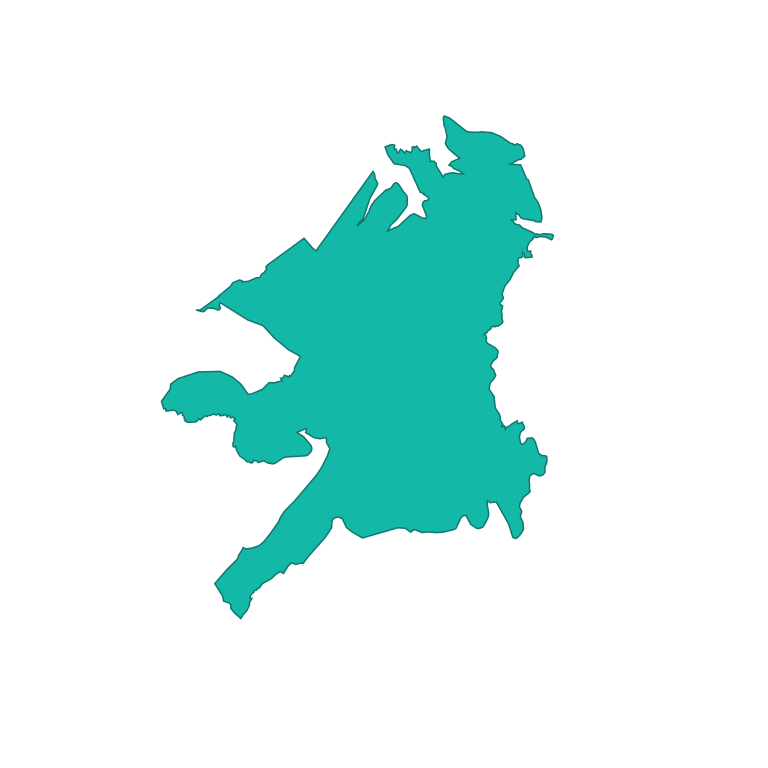 Tarandacuao, Guanajuato, Mexico, rotated 34°
{"feature_id": "50627088B84371982021129", "entity_name": "Tarandacuao", "entity_type": "district", "adm_level": 2, "iso_a3": "MEX", "parent_name": "Mexico", "parent_adm1": "Guanajuato", "projection": "equal_earth", "projection_center": [-100.532, 19.999], "detail": "fine", "context": "isolated", "style": "filled", "palette": "teal", "viewbox_px": 768, "rotation_deg": 34, "n_neighbors": 0, "source": "geoboundaries", "source_scale": "gbopen_adm2", "svg_char_len": 6170}
<svg xmlns="http://www.w3.org/2000/svg" viewBox="0 0 768 768"><g transform="rotate(34 384 384)"><path d="M463.0,298.7L462.1,297.6L460.8,293.7L459.1,292.4L455.3,291.8L446.7,292.4L444.0,290.8L443.7,289.0L441.2,286.7L439.0,286.8L440.6,284.0L440.4,281.5L441.6,279.3L441.5,276.1L442.4,274.7L443.7,274.8L445.5,272.4L446.4,272.1L448.0,267.2L447.7,265.9L444.9,263.6L443.5,261.0L440.7,258.2L439.6,254.7L438.4,252.8L435.6,253.2L434.9,252.3L435.1,246.1L431.6,243.4L429.4,235.3L430.1,227.1L429.1,218.7L430.0,210.6L427.3,208.6L425.1,205.1L425.1,204.4L427.3,202.0L427.4,200.9L426.4,198.6L425.3,197.4L427.8,197.8L428.8,198.7L429.0,200.0L430.6,200.3L435.8,196.0L434.8,194.6L433.1,194.3L431.2,191.7L429.4,193.6L427.0,192.0L425.9,189.5L425.2,184.3L426.3,181.5L426.0,179.0L426.7,177.8L428.3,177.5L431.2,174.3L435.8,171.7L442.2,170.8L442.4,169.8L441.4,166.3L439.6,165.9L432.9,169.7L429.4,173.2L426.5,174.2L426.3,175.4L422.5,175.2L410.8,177.2L407.5,176.4L403.7,178.0L397.8,176.7L401.7,174.0L397.4,168.3L401.7,168.4L404.1,169.5L406.4,169.5L417.6,164.4L418.7,164.8L423.5,161.9L422.1,158.1L416.9,152.1L410.8,147.7L404.1,144.9L389.6,134.1L387.5,134.2L374.8,125.9L365.6,131.1L370.0,122.9L372.0,121.0L373.3,116.3L367.7,111.0L363.8,109.5L359.8,110.5L358.9,112.9L356.2,112.8L354.7,113.7L342.7,113.5L332.8,115.4L324.0,120.3L321.2,122.8L313.9,127.4L310.7,128.4L289.7,126.8L284.0,128.1L284.4,130.4L289.6,136.5L291.1,137.1L298.0,143.8L300.4,150.3L304.3,152.3L307.8,153.2L320.3,154.5L321.1,153.8L315.8,161.9L315.5,166.3L318.5,165.6L321.3,166.4L327.1,165.3L332.3,165.3L329.2,167.5L323.2,170.2L320.9,172.1L317.2,176.2L317.6,179.5L305.2,173.9L304.0,171.9L300.6,171.4L298.1,173.4L293.9,169.3L290.3,163.8L286.0,168.7L285.1,170.6L278.0,168.5L277.4,170.8L275.9,170.5L274.9,172.0L276.5,173.9L277.0,177.2L271.9,178.2L271.9,181.2L268.9,180.1L266.4,180.1L266.6,184.4L265.7,185.0L262.9,182.4L261.2,183.7L259.3,180.0L256.4,181.2L252.3,186.8L258.7,191.7L269.2,195.8L279.2,191.1L284.5,191.0L306.7,204.7L310.9,203.9L311.1,204.7L314.3,204.4L317.2,205.0L317.7,206.3L316.5,208.5L315.3,209.2L314.7,211.1L315.8,214.4L325.6,221.1L326.5,223.0L323.1,224.9L314.0,225.9L312.7,227.3L311.3,229.9L307.7,245.3L302.6,252.9L301.5,256.4L300.8,248.3L302.5,241.0L303.5,225.3L303.2,222.9L299.8,217.4L297.6,215.1L291.8,213.4L284.6,210.3L282.7,210.0L281.0,210.7L280.3,212.4L280.2,217.9L277.1,222.1L273.8,237.4L273.7,243.8L274.8,248.9L275.7,249.6L275.1,251.6L276.1,258.5L273.5,267.3L272.7,266.5L273.3,265.7L273.2,262.7L274.5,259.1L268.6,238.3L267.3,222.8L266.5,221.2L261.5,218.4L258.9,215.3L256.0,213.9L253.2,311.6L248.6,311.2L236.2,307.9L221.0,350.1L220.6,353.1L222.5,354.1L222.2,358.8L221.1,361.7L221.7,364.5L221.3,365.4L219.1,366.9L214.2,374.6L209.5,378.5L209.0,378.7L208.5,377.7L206.0,378.6L201.9,384.9L202.2,388.7L197.7,403.7L198.2,403.7L190.2,425.5L186.7,427.9L193.4,425.4L194.4,424.1L195.3,419.6L200.5,416.5L205.0,415.5L206.0,414.4L205.9,412.3L203.7,411.6L202.8,408.1L235.1,407.1L251.1,403.3L267.5,407.2L285.7,409.0L299.3,407.9L300.7,420.4L302.3,423.2L302.2,430.0L301.0,429.8L300.7,432.0L299.4,431.6L296.5,432.5L297.0,435.6L295.1,437.1L297.5,438.3L292.4,444.4L288.0,447.1L286.2,456.3L279.3,467.0L276.8,468.4L265.4,464.1L254.3,463.0L241.1,465.2L223.3,477.8L210.3,494.7L207.2,503.4L209.6,507.7L209.2,522.8L215.3,527.8L216.3,526.8L218.1,526.8L217.3,527.2L218.5,528.3L224.7,523.0L226.8,522.8L230.2,524.6L232.1,520.3L234.7,522.7L236.3,522.3L237.9,524.7L239.4,524.6L239.7,525.9L242.8,525.5L249.5,520.4L250.1,516.5L250.4,516.0L251.9,516.5L253.5,510.3L255.4,510.1L256.0,508.5L257.8,506.9L258.5,505.4L260.5,503.8L262.2,503.7L264.1,500.6L265.5,502.1L268.0,500.3L269.7,497.9L272.5,499.0L272.5,497.4L273.2,496.5L275.3,497.8L276.1,497.7L276.8,496.2L279.9,495.8L279.9,498.4L284.5,499.6L287.4,506.6L287.1,508.0L291.3,515.1L291.9,517.6L293.6,520.0L294.6,520.3L295.7,518.8L299.3,521.7L305.0,524.4L311.1,524.3L313.4,525.2L315.8,524.0L317.7,523.9L319.0,522.8L318.8,520.1L321.5,519.0L323.6,519.5L327.3,514.9L331.7,514.5L336.2,512.6L337.8,511.1L341.9,501.2L344.7,498.4L359.4,487.2L360.7,485.2L361.3,480.2L360.1,477.5L357.8,475.8L346.9,472.7L338.9,472.8L343.5,465.6L345.0,464.6L346.1,468.1L356.2,467.6L361.6,465.2L366.1,460.6L369.2,464.7L375.3,467.9L377.4,475.6L378.9,488.2L379.0,497.1L375.3,531.0L372.6,545.4L372.7,551.9L373.7,557.7L373.3,573.5L372.5,582.3L370.7,588.2L366.1,594.1L361.9,597.8L358.6,598.4L359.2,601.1L359.3,607.6L360.2,609.7L360.3,611.9L357.7,624.5L355.3,644.1L368.7,650.0L372.5,653.7L377.7,652.2L380.2,652.5L382.5,655.7L388.2,657.4L396.5,658.5L396.2,654.2L397.0,648.7L396.2,642.6L394.7,640.7L394.4,635.6L392.7,636.5L391.6,634.2L391.8,631.3L392.5,629.6L391.9,627.9L393.6,626.3L393.3,624.9L394.7,622.7L394.8,617.5L399.4,608.4L400.8,602.2L402.8,597.5L406.6,597.3L406.3,588.7L407.3,584.1L411.9,582.8L415.0,579.1L417.2,578.0L417.8,568.8L420.9,545.3L421.1,539.7L420.9,532.3L417.4,526.6L417.6,523.1L419.8,520.2L424.6,518.9L433.2,524.0L439.7,524.5L452.2,523.7L475.7,495.6L482.0,491.8L489.0,491.8L490.4,487.7L498.5,485.9L503.3,481.9L509.9,478.3L515.1,474.5L523.5,465.4L524.4,463.4L522.7,452.5L522.8,450.3L523.9,448.2L525.8,447.3L534.5,451.9L541.1,451.9L543.7,450.7L545.9,447.5L545.8,442.4L544.8,436.2L543.5,433.2L536.3,425.4L535.0,422.7L538.3,423.1L543.0,419.0L565.7,430.4L576.4,439.0L579.3,438.7L580.4,437.0L581.0,434.3L581.3,430.8L580.8,426.3L576.3,420.8L571.3,418.0L569.5,412.6L564.9,410.1L563.4,406.7L563.0,400.0L565.2,392.7L565.2,391.3L563.0,389.4L561.2,386.2L559.0,383.8L556.9,380.1L556.5,378.3L557.5,375.3L558.9,374.2L563.3,373.6L565.2,372.5L566.5,370.3L566.9,368.0L566.4,366.5L563.9,363.0L562.6,357.5L559.7,353.3L558.2,353.1L554.9,355.1L551.0,355.0L542.0,347.6L539.5,346.2L537.1,345.8L533.2,348.8L533.8,352.7L533.0,356.1L531.6,356.9L530.4,356.7L525.9,352.3L524.6,349.1L524.1,347.1L525.4,343.2L525.1,342.0L523.8,340.5L521.4,339.6L520.2,338.2L518.0,341.4L517.1,341.9L515.0,340.0L512.1,346.1L511.7,348.4L509.5,351.7L509.8,353.7L507.4,351.4L506.8,351.7L506.1,353.4L504.9,353.4L505.5,352.0L505.3,351.1L499.5,348.3L499.7,347.2L496.4,344.4L489.7,341.7L482.1,332.7L474.6,329.8L473.3,328.2L471.5,323.8L472.2,318.2L471.8,314.4L466.7,310.8L463.2,310.2L461.8,308.4L461.6,304.2L463.0,298.7Z" fill="#14b8a6" stroke="#0f766e" stroke-width="1.5"/></g></svg>